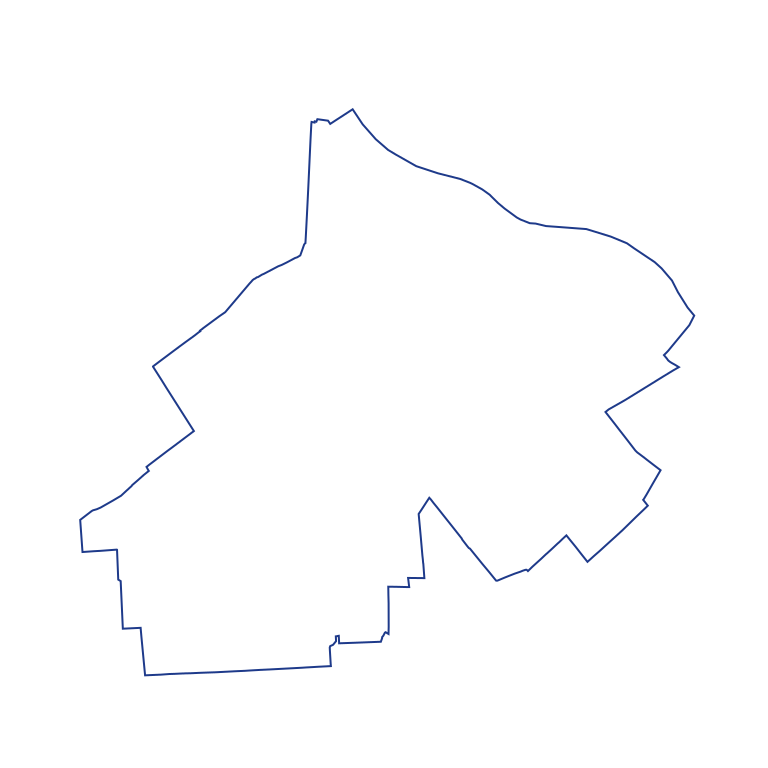 outline of Fetesti, Calarasi, Romania, rotated 265°
{"feature_id": "2599482B60932966613296", "entity_name": "Fetesti", "entity_type": "district", "adm_level": 2, "iso_a3": "ROU", "parent_name": "Romania", "parent_adm1": "Calarasi", "projection": "natural_earth1", "projection_center": [27.783, 44.402], "detail": "fine", "context": "isolated", "style": "outline", "palette": "blue", "viewbox_px": 768, "rotation_deg": 265, "n_neighbors": 0, "source": "geoboundaries", "source_scale": "gbopen_adm2", "svg_char_len": 3553}
<svg xmlns="http://www.w3.org/2000/svg" viewBox="0 0 768 768"><g transform="rotate(265 384 384)"><path d="M421.6,155.4L421.4,155.4L407.2,162.8L399.1,166.9L353.7,190.5L339.2,167.3L336.4,162.7L328.2,149.7L325.6,145.6L323.9,142.9L322.1,140.2L321.9,140.3L318.2,141.9L317.9,142.1L314.3,136.7L309.3,130.0L305.2,124.3L304.3,123.6L302.5,121.2L301.3,119.7L300.2,118.2L295.6,112.3L291.6,104.0L285.6,90.9L284.3,87.0L283.5,83.0L282.9,81.7L275.1,69.5L274.8,69.5L242.9,69.0L242.7,80.7L242.5,86.7L242.3,103.4L242.1,103.6L212.3,102.2L210.6,104.5L163.0,102.5L162.3,120.3L153.3,120.3L114.6,120.6L113.9,136.7L113.8,144.9L113.5,150.1L113.2,157.8L113.1,158.9L113.1,159.5L113.1,159.8L113.1,160.1L112.7,166.2L112.3,175.9L111.9,183.7L111.5,191.1L110.8,210.9L110.4,220.3L110.3,224.9L110.0,235.2L109.6,245.3L109.2,256.9L108.5,277.4L108.4,282.3L108.2,288.4L108.1,292.5L107.6,306.5L110.1,306.5L124.4,306.9L126.3,307.0L127.6,307.6L128.5,310.2L128.7,310.6L132.0,313.8L133.7,313.9L136.8,314.0L136.9,315.6L137.0,315.8L137.1,317.0L129.6,316.7L128.8,332.0L127.5,358.4L130.4,359.7L130.7,359.9L132.0,360.1L133.3,361.4L136.2,363.2L136.6,363.9L134.6,366.7L141.6,367.5L153.5,368.5L165.4,369.5L173.5,370.0L181.7,370.6L180.9,378.5L180.3,383.9L179.7,389.3L179.5,391.4L188.7,391.1L187.1,407.3L194.3,407.4L201.6,407.5L202.2,407.4L206.0,407.4L209.7,407.3L219.4,407.3L229.1,407.3L251.5,407.2L255.5,410.4L256.9,411.5L262.8,416.1L266.7,419.2L264.9,420.6L261.1,423.0L256.7,426.0L244.1,434.3L232.9,441.7L223.3,448.0L222.3,448.3L215.1,452.9L213.2,454.2L212.5,455.3L207.0,459.0L196.2,466.3L187.3,472.5L178.4,478.5L178.3,478.9L178.2,479.7L178.3,480.1L180.7,487.6L181.9,491.6L183.7,497.7L185.2,503.8L185.9,505.9L186.5,508.4L186.6,509.4L186.5,509.8L186.0,510.4L185.1,511.1L186.0,512.2L189.1,516.0L193.2,521.4L196.3,525.5L198.7,528.5L200.5,530.8L201.1,531.7L202.5,533.5L203.7,535.1L205.8,537.8L209.9,543.0L211.2,544.8L214.3,548.6L217.3,552.5L212.8,555.5L205.0,560.8L198.5,565.0L190.0,570.6L189.1,571.2L191.5,574.4L194.1,577.8L197.1,581.9L198.4,583.7L200.3,586.2L203.6,590.5L212.1,601.7L217.7,609.0L230.0,624.0L236.7,632.4L239.8,636.2L246.0,632.1L246.6,632.7L251.1,636.0L255.0,638.7L261.5,643.2L274.0,652.0L280.1,645.3L285.7,639.2L287.5,637.3L291.4,633.0L293.8,630.3L295.8,628.6L309.1,620.1L318.2,614.2L321.5,612.1L323.7,610.7L336.8,602.2L339.1,605.6L347.0,622.8L367.1,662.7L372.2,673.0L375.1,679.2L377.7,675.7L379.8,672.6L381.0,671.0L382.1,669.8L382.8,669.1L384.7,668.0L388.4,665.4L390.7,668.2L392.4,670.1L396.8,674.4L416.0,693.3L425.1,699.0L433.7,693.1L449.9,684.8L462.0,679.9L475.0,670.6L481.8,664.3L497.5,644.8L503.0,638.3L511.1,622.7L520.7,599.1L525.6,569.2L527.2,559.2L530.6,549.0L531.5,543.2L535.9,534.4L538.3,530.8L543.3,525.1L548.3,519.4L551.3,516.4L554.3,513.4L561.0,507.7L563.3,505.8L569.3,498.8L575.6,489.5L577.0,487.1L581.6,477.8L589.2,456.1L593.7,445.6L598.2,435.1L611.5,415.8L616.8,408.5L628.6,397.1L644.5,385.4L660.4,376.7L650.6,358.3L647.8,353.1L651.2,351.2L652.9,343.8L653.6,340.7L651.2,339.5L651.7,337.9L650.5,337.6L651.4,334.7L649.6,334.3L633.9,332.1L587.8,325.9L573.2,323.9L558.7,321.9L536.6,318.8L531.2,318.0L531.1,317.7L530.8,317.4L529.9,316.6L524.8,314.3L519.4,311.8L517.8,308.6L517.2,306.2L513.6,297.8L511.5,292.4L510.5,288.9L504.2,273.9L503.6,272.0L501.5,267.8L501.3,266.4L500.4,265.1L500.0,263.9L499.0,262.2L497.6,260.8L495.8,258.8L469.4,232.1L466.0,226.1L461.3,218.4L455.0,208.1L454.7,207.9L454.5,207.4L453.2,205.3L452.6,205.6L451.6,203.8L449.1,200.0L443.1,190.0L439.2,183.6L435.3,177.3L425.3,161.2L422.2,156.3L421.6,155.4Z" fill="none" stroke="#1e3a8a" stroke-width="2"/></g></svg>